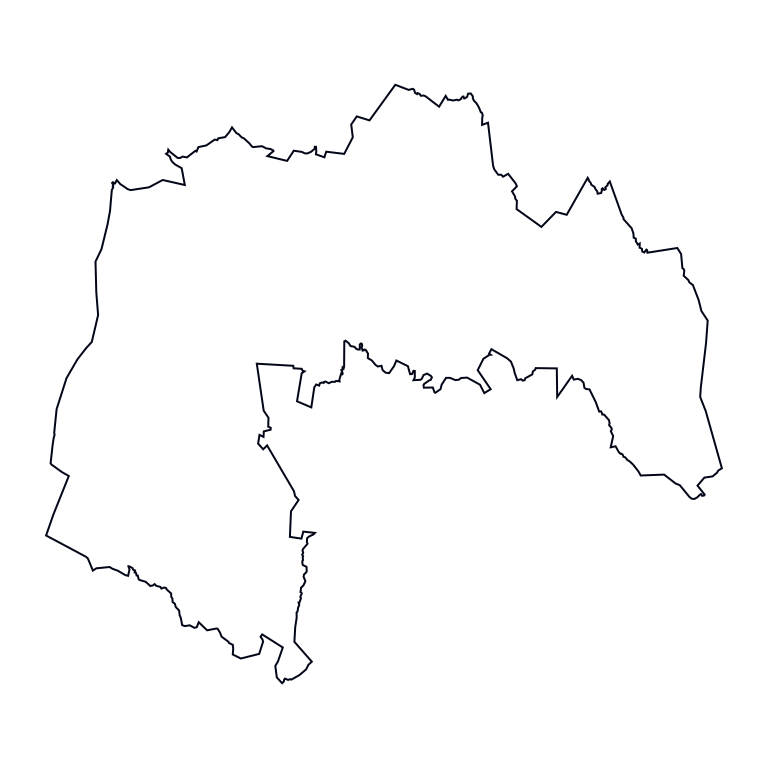 Santa María del Río, San Luis Potosí, Mexico (Equal Earth projection)
{"feature_id": "50627088B88756295240555", "entity_name": "Santa María del Río", "entity_type": "district", "adm_level": 2, "iso_a3": "MEX", "parent_name": "Mexico", "parent_adm1": "San Luis Potosí", "projection": "equal_earth", "projection_center": [-100.523, 21.735], "detail": "fine", "context": "isolated", "style": "outline", "palette": "ink", "viewbox_px": 768, "rotation_deg": 0, "n_neighbors": 0, "source": "geoboundaries", "source_scale": "gbopen_adm2", "svg_char_len": 6078}
<svg xmlns="http://www.w3.org/2000/svg" viewBox="0 0 768 768"><path d="M46.1,535.5L86.0,556.8L87.9,558.5L92.9,570.6L96.4,568.3L109.6,567.0L112.3,568.7L117.8,570.7L125.3,575.1L128.1,575.8L129.5,569.4L128.4,566.3L128.9,566.2L132.5,568.0L133.3,569.8L135.1,570.5L134.6,572.4L135.9,572.7L136.6,575.5L137.8,575.6L138.6,579.1L139.3,579.9L145.7,581.8L150.3,586.0L153.0,585.4L154.6,584.1L156.4,585.9L160.4,586.9L161.4,588.6L164.1,587.5L166.0,588.0L166.8,589.6L171.1,593.4L171.3,597.1L172.4,598.5L172.6,602.0L174.9,603.8L175.8,607.1L179.1,610.5L179.6,615.0L180.7,617.6L182.2,625.2L185.0,626.1L189.7,625.3L194.3,627.8L196.8,627.2L198.7,622.2L207.1,630.3L216.5,628.5L217.7,628.8L220.0,632.6L221.6,636.7L228.5,641.8L229.0,643.0L232.8,644.8L233.2,648.6L232.8,654.5L240.8,658.5L259.2,653.9L263.1,641.6L262.5,639.6L260.6,636.8L262.2,634.4L282.8,647.5L278.0,661.3L275.3,666.0L276.8,677.4L282.1,683.2L283.9,681.4L284.1,679.7L285.0,678.6L288.0,679.9L290.3,679.2L291.4,679.6L299.4,675.1L306.1,669.4L308.4,664.8L311.8,661.7L294.4,641.8L295.2,627.3L296.7,617.5L296.6,612.5L297.5,611.6L298.1,607.6L299.3,604.9L298.6,602.6L299.4,602.6L301.0,598.2L300.3,596.9L301.7,593.6L301.5,592.7L300.5,592.1L301.1,587.6L303.3,585.6L305.1,582.0L305.3,580.9L303.6,576.8L304.0,574.5L306.3,572.3L306.7,571.1L306.5,566.8L302.9,565.1L302.4,563.7L302.3,561.2L303.0,560.1L302.7,557.3L303.1,556.1L302.2,554.8L303.2,552.8L302.5,550.5L303.1,548.9L307.5,543.8L306.9,541.9L307.1,538.2L308.9,536.6L313.5,534.4L314.9,532.9L303.3,531.6L301.4,538.6L289.9,536.9L291.0,511.3L298.6,500.0L295.0,495.9L294.0,491.3L267.1,445.4L263.2,449.3L258.1,443.6L259.5,434.9L263.5,436.9L263.8,431.4L270.6,429.7L270.7,427.8L268.2,426.6L268.5,417.8L263.7,410.7L256.8,363.7L293.3,365.8L293.6,368.3L301.7,368.8L302.5,370.6L304.5,371.3L301.7,373.3L297.0,401.3L311.3,407.4L314.3,387.3L316.2,384.5L319.1,385.6L319.9,383.3L321.9,382.5L323.7,382.9L323.9,382.1L325.3,381.5L328.8,383.2L331.8,381.8L335.0,381.8L336.1,380.9L339.6,381.4L339.3,379.9L340.8,374.8L341.1,375.3L341.0,374.0L341.3,373.4L342.4,374.1L342.7,373.5L341.5,370.4L342.2,370.5L342.6,367.5L343.6,368.5L344.1,366.8L344.3,341.4L345.5,340.7L348.6,343.0L350.6,346.1L354.5,346.8L356.2,348.8L358.2,349.6L359.7,349.5L359.8,344.5L360.8,343.5L361.8,343.8L362.2,345.8L361.6,347.3L362.6,350.6L363.8,350.4L364.4,349.5L365.9,350.1L368.0,353.6L367.8,358.1L371.9,360.5L375.5,364.9L377.9,366.5L381.5,365.8L382.6,370.1L385.5,372.6L389.1,373.2L394.0,366.2L396.4,360.5L407.9,366.2L410.1,374.2L412.1,374.0L413.5,370.8L414.8,371.0L414.8,377.6L413.5,380.2L420.4,379.8L421.8,378.8L423.5,375.1L427.1,373.6L431.0,376.0L431.9,377.4L430.7,379.9L429.2,380.4L424.1,384.0L423.5,385.2L423.9,387.7L432.8,387.5L434.5,392.3L435.3,392.8L440.5,389.2L441.7,384.6L446.0,377.9L450.1,377.9L455.4,380.1L458.8,379.7L461.1,378.0L467.1,377.6L480.0,384.7L484.3,393.1L490.7,389.2L477.7,370.2L483.4,358.8L489.4,354.8L490.6,354.7L489.1,353.6L491.4,349.2L507.2,358.3L511.0,361.7L513.8,368.8L514.6,372.7L517.3,380.2L521.1,379.2L522.7,380.6L524.6,380.2L525.2,378.3L532.3,374.4L532.9,371.4L535.2,369.7L535.7,368.1L556.8,368.4L557.2,397.0L572.1,375.8L573.8,379.6L577.9,378.8L581.2,380.2L583.5,382.6L584.4,387.8L586.1,389.0L589.5,389.4L595.8,402.2L599.2,411.6L600.9,411.3L601.9,412.8L602.2,414.5L604.1,414.6L609.0,420.2L609.6,423.2L609.1,425.1L611.6,428.2L611.8,429.4L610.8,431.2L613.2,436.1L610.7,447.3L615.6,446.3L618.9,452.3L620.7,453.9L621.4,453.7L622.5,454.4L623.6,456.9L625.2,457.3L627.4,460.0L629.8,461.5L633.2,464.7L638.5,471.5L640.7,475.5L664.1,474.6L675.4,483.4L679.8,485.2L689.5,497.0L691.7,498.7L694.2,499.0L697.2,497.4L700.6,494.1L701.2,494.1L702.1,495.8L703.9,495.6L704.7,494.7L697.5,485.6L704.4,477.6L712.6,476.4L717.0,472.7L718.2,470.6L721.9,468.3L705.7,411.0L700.2,397.0L700.8,387.5L706.0,343.5L707.7,320.6L701.4,311.0L698.6,299.9L692.9,285.1L689.2,282.2L688.4,280.1L683.7,275.8L684.3,270.9L683.7,269.0L682.4,268.2L681.1,254.0L677.3,248.0L647.4,252.7L647.1,250.1L646.4,249.6L644.2,252.5L642.3,251.5L641.9,248.8L639.6,247.7L639.7,243.5L637.9,244.6L635.9,241.4L635.8,238.6L633.7,237.7L633.4,233.4L631.6,228.2L623.4,219.0L623.5,217.7L621.7,214.7L609.8,181.5L607.7,183.9L607.6,185.2L605.3,187.4L605.8,188.9L605.3,189.5L604.2,189.9L602.6,188.3L601.7,189.2L601.9,190.5L601.1,193.0L597.7,193.7L597.1,191.0L595.8,189.7L594.5,186.9L591.3,184.7L590.5,182.5L588.7,180.7L588.8,179.7L587.7,177.8L566.7,214.8L556.0,211.9L541.4,226.9L516.6,209.1L516.9,200.8L515.2,198.6L515.1,196.6L512.0,191.3L516.9,186.3L515.5,183.2L508.1,173.8L503.1,176.7L501.3,174.8L498.2,174.7L494.2,169.2L493.1,165.7L488.0,122.7L482.1,124.9L482.2,118.5L482.7,115.2L481.9,112.7L480.8,112.2L479.0,107.6L476.3,103.0L474.0,100.8L472.9,98.5L472.8,96.3L470.8,93.5L468.1,93.7L467.1,96.9L464.8,98.4L464.1,98.4L463.5,96.5L462.8,96.5L461.4,97.9L461.2,98.9L458.5,100.4L456.9,99.7L453.2,100.5L449.0,99.6L448.0,99.9L445.7,95.9L439.1,106.7L425.6,96.3L423.6,95.5L421.0,95.8L419.5,93.9L417.6,93.1L417.0,94.1L415.0,92.8L414.1,89.7L412.7,88.8L408.7,89.9L395.3,84.8L369.5,120.4L356.8,116.4L351.2,124.5L352.8,137.3L344.2,153.9L326.2,151.7L324.4,157.3L315.9,154.3L316.3,151.7L316.0,146.8L314.8,146.8L314.8,148.7L310.9,151.9L307.1,153.5L304.7,153.3L301.8,151.9L293.8,150.7L287.1,160.9L267.4,156.1L273.5,151.1L273.2,150.4L270.4,149.0L266.2,148.4L262.0,146.2L253.2,147.1L252.1,146.6L249.2,143.2L244.0,138.4L241.6,137.3L238.7,134.3L236.4,133.1L232.0,127.4L229.3,132.1L225.1,137.1L218.3,138.3L217.4,140.1L214.7,139.6L206.4,145.4L198.4,147.1L196.6,151.5L195.4,150.8L186.9,157.4L182.7,156.6L180.0,158.0L177.6,157.9L170.2,152.0L168.3,149.7L167.8,152.6L166.1,153.8L169.9,156.6L170.8,159.6L172.5,162.1L175.3,164.6L181.7,168.2L184.8,185.0L162.7,180.0L149.0,187.3L130.7,190.1L127.8,189.2L120.2,184.0L116.8,180.1L115.1,183.3L112.9,182.2L112.1,183.0L112.6,183.9L113.1,183.4L113.5,184.9L112.7,186.5L113.2,187.3L111.8,190.2L110.0,211.1L107.5,224.6L101.5,249.1L95.5,261.6L96.3,292.4L98.1,315.1L91.8,341.9L86.0,348.3L77.4,359.4L66.5,378.2L56.6,409.2L54.2,432.7L54.6,434.9L53.8,437.3L52.7,444.3L50.6,463.3L51.4,464.5L62.1,472.2L68.8,476.0L53.4,514.5L46.1,535.5Z" fill="none" stroke="#020617" stroke-width="2"/></svg>